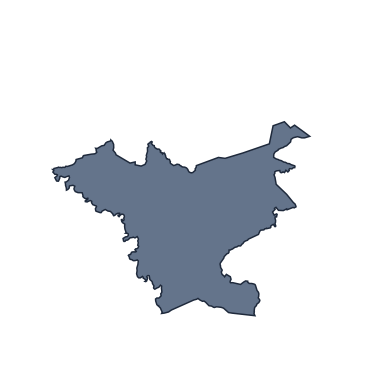 outline of Upper Denkyira East Municipal, Central, Ghana, rotated 217°
{"feature_id": "2480657B45731574572143", "entity_name": "Upper Denkyira East Municipal", "entity_type": "district", "adm_level": 2, "iso_a3": "GHA", "parent_name": "Ghana", "parent_adm1": "Central", "projection": "orthographic", "projection_center": [-1.726, 5.836], "detail": "fine", "context": "isolated", "style": "filled", "palette": "slate", "viewbox_px": 384, "rotation_deg": 217, "n_neighbors": 0, "source": "geoboundaries", "source_scale": "gbopen_adm2", "svg_char_len": 6070}
<svg xmlns="http://www.w3.org/2000/svg" viewBox="0 0 384 384"><g transform="rotate(217 192 192)"><path d="M288.1,184.7L287.8,184.3L288.0,183.4L289.8,181.0L290.4,179.4L290.2,176.4L291.9,174.5L293.9,169.7L295.3,168.9L294.0,168.2L293.3,167.2L292.0,166.5L292.2,164.8L292.7,163.9L295.2,161.6L300.4,156.0L300.6,155.4L300.1,153.4L304.1,148.2L303.4,147.0L303.0,145.2L303.1,143.5L303.8,141.7L306.8,137.5L308.3,136.6L308.3,135.3L308.5,135.0L310.0,134.1L310.6,133.1L311.9,132.5L312.5,131.9L313.7,131.4L313.8,130.9L316.4,127.7L316.1,126.7L316.7,126.2L315.4,126.1L315.2,125.7L315.1,124.2L312.1,123.6L310.9,124.5L309.8,124.7L309.6,124.3L309.5,123.4L310.2,120.9L306.8,119.3L305.3,120.1L305.2,120.6L305.9,123.3L306.8,124.9L306.1,125.9L304.1,126.4L302.3,127.1L301.4,128.8L300.0,130.8L298.6,129.9L297.7,127.2L298.4,124.5L299.3,123.5L297.6,122.0L297.1,121.3L294.8,119.6L293.4,117.9L292.7,119.2L292.5,121.0L292.6,121.4L293.5,123.0L293.4,123.3L291.1,125.7L289.1,126.1L288.2,123.5L287.4,122.9L285.5,122.1L282.6,122.9L279.3,125.3L277.1,123.7L276.3,122.6L274.3,122.4L272.6,122.7L271.5,124.3L271.0,123.9L271.0,122.8L271.9,120.6L271.4,120.1L269.8,120.9L268.8,122.9L268.0,124.0L266.5,124.2L265.8,123.0L263.6,122.2L259.9,123.2L259.4,122.8L259.1,120.5L257.8,119.3L257.1,118.9L252.8,120.3L252.1,121.0L252.3,122.6L250.8,125.8L247.7,126.2L245.4,127.4L241.8,126.8L241.4,126.3L240.1,126.0L239.4,127.7L239.3,128.9L238.4,130.4L237.0,131.5L236.1,130.7L236.1,130.2L237.1,129.1L236.8,128.5L235.4,128.4L235.4,130.4L234.8,132.0L233.7,132.7L232.2,132.6L231.0,131.4L230.8,130.1L229.6,129.0L229.5,127.9L230.1,127.4L231.4,128.0L231.7,127.3L230.4,126.2L229.0,125.7L226.4,125.9L225.0,123.8L223.2,122.0L220.1,119.9L220.3,119.1L219.4,119.6L219.1,120.0L218.2,120.2L217.7,120.1L216.7,118.9L216.8,117.5L218.1,116.1L219.1,113.4L217.2,111.7L216.5,111.6L215.8,112.3L215.8,113.7L214.8,114.5L214.3,115.4L213.8,118.3L212.5,119.4L211.7,120.6L210.2,120.9L209.7,121.3L209.0,123.4L208.5,123.3L206.4,122.2L205.9,120.3L204.3,119.1L203.3,116.8L202.0,116.6L201.5,115.2L201.6,114.0L202.8,112.6L202.8,111.5L202.1,111.5L200.7,110.9L201.1,110.1L203.1,108.7L204.0,107.5L203.5,105.1L204.4,104.3L204.7,103.1L202.9,102.3L202.0,101.4L200.9,101.0L199.2,101.8L197.6,101.8L196.1,103.0L194.8,104.8L193.4,104.6L191.6,101.6L190.3,98.1L188.5,96.1L187.0,93.3L184.6,91.6L182.8,91.4L181.6,92.3L180.7,94.8L179.6,94.5L179.2,93.9L178.9,93.8L178.3,94.0L175.8,94.0L175.5,93.4L175.8,92.3L175.0,92.6L174.7,93.7L175.6,96.6L177.2,97.0L177.2,98.0L176.8,98.9L175.7,99.3L172.9,96.7L170.3,96.5L169.2,95.9L168.5,95.1L165.9,94.1L165.0,92.3L164.3,92.0L163.2,92.0L162.0,94.7L161.4,95.5L161.1,96.5L161.1,98.6L159.6,98.6L158.6,96.9L156.3,94.5L155.7,93.5L155.7,91.9L154.2,90.5L154.5,87.8L155.1,86.9L156.2,86.3L156.7,84.6L155.4,83.1L152.3,80.9L150.7,80.7L150.3,81.1L150.1,80.7L147.6,80.4L143.5,78.1L143.2,76.7L141.1,78.8L138.5,82.1L137.4,85.4L125.6,106.8L123.7,109.2L123.2,110.6L120.8,110.5L117.9,111.0L116.8,112.1L115.0,112.2L110.0,111.4L107.7,112.7L105.5,112.9L104.7,113.2L103.3,115.1L99.4,117.4L97.7,118.0L96.7,118.2L90.3,117.7L86.9,119.5L67.3,131.1L69.4,132.2L69.6,133.0L70.4,133.8L70.4,134.2L71.0,134.8L72.5,137.5L72.2,140.0L72.6,140.9L72.7,141.6L72.1,143.9L72.4,146.0L73.4,146.8L75.0,147.1L75.5,147.5L75.9,148.7L76.7,149.9L77.2,150.8L78.6,151.9L80.8,152.5L85.1,155.6L86.0,156.0L87.1,155.8L89.2,154.9L91.3,153.4L93.2,153.5L93.8,154.3L95.7,153.2L96.5,151.3L97.6,147.4L104.9,144.1L106.7,142.7L107.2,142.9L107.8,143.6L108.3,145.8L110.4,147.4L115.0,146.9L114.9,143.9L116.4,144.3L117.8,144.2L118.9,144.6L120.5,145.8L120.6,147.0L120.9,147.8L123.8,149.0L125.2,150.6L125.7,150.7L126.6,152.0L126.8,158.2L127.4,159.8L127.0,163.5L126.1,165.1L126.3,166.3L127.5,168.0L126.3,168.9L126.1,169.8L125.4,170.7L124.5,173.6L123.1,175.2L122.4,177.2L121.1,177.8L120.7,178.4L120.7,180.4L120.3,181.6L120.5,183.0L119.9,185.0L118.6,186.9L118.6,188.3L113.4,198.1L114.3,201.8L114.0,203.0L111.8,205.0L111.8,206.1L111.5,206.7L110.8,207.1L110.8,207.8L110.0,208.0L107.9,210.5L107.8,211.1L108.6,212.1L108.0,214.4L107.5,215.1L105.7,214.4L104.8,214.3L104.5,214.8L104.8,215.4L106.7,216.7L107.1,218.1L108.2,219.7L110.0,221.1L110.6,222.2L109.5,223.0L110.6,225.4L111.4,225.3L112.4,223.0L115.6,224.5L115.2,228.1L116.3,228.6L115.7,230.3L111.9,229.4L107.9,232.1L106.2,235.5L105.4,235.0L102.0,240.5L100.9,240.8L100.0,242.7L100.3,243.1L102.4,244.4L104.9,244.6L115.0,247.1L129.4,248.8L134.5,253.6L136.9,255.1L137.0,256.6L138.0,258.0L137.2,259.8L134.8,262.0L133.7,261.0L132.4,261.0L131.4,262.4L131.5,262.6L131.0,263.0L129.8,263.2L130.1,265.9L127.5,265.7L127.4,267.2L127.2,267.6L128.1,268.4L128.1,269.4L126.1,270.6L125.7,272.4L124.6,273.3L125.3,274.6L125.8,274.7L129.3,273.5L131.3,273.3L132.9,272.2L135.1,272.0L136.8,271.1L139.5,270.8L141.7,269.9L142.5,269.9L144.6,269.1L147.6,268.8L149.1,270.9L149.5,271.8L149.7,274.1L148.4,277.2L148.7,277.9L147.2,280.8L146.0,282.3L145.4,284.2L144.3,285.8L143.4,291.3L144.6,293.7L143.7,296.4L141.0,299.7L136.9,301.3L134.6,303.1L131.5,307.3L150.3,307.1L151.9,302.4L160.5,303.7L167.1,293.7L159.2,277.0L174.9,253.7L185.8,238.8L191.7,235.5L204.4,215.7L203.5,214.2L203.4,212.3L202.4,211.4L203.1,208.0L204.2,206.8L206.1,206.2L208.0,206.8L208.9,207.5L210.9,207.9L212.7,207.5L214.4,206.4L215.9,206.0L216.7,206.3L217.8,205.9L218.7,206.2L220.7,205.2L221.5,203.5L222.6,202.1L226.3,201.9L227.0,202.2L227.6,203.3L228.4,203.5L228.8,204.0L229.8,204.4L230.9,203.6L231.6,203.8L232.2,203.3L234.3,204.4L235.2,205.3L236.6,206.0L236.8,206.3L237.4,206.2L237.8,206.4L237.8,205.8L238.1,205.8L238.6,205.4L238.6,204.8L239.2,205.3L239.4,205.0L240.0,205.2L240.2,204.9L241.0,204.7L241.5,205.0L241.6,206.0L242.4,206.0L243.7,206.5L245.0,205.9L245.4,205.3L246.7,205.3L246.9,205.1L248.1,205.1L249.1,205.4L250.1,206.3L251.2,205.8L253.5,206.3L253.9,208.0L254.8,208.0L255.4,206.7L255.3,205.8L256.0,204.4L255.9,203.5L254.2,202.6L254.0,201.8L254.3,200.6L251.9,197.6L250.5,193.7L249.4,192.8L248.6,190.5L246.8,189.5L246.1,185.8L248.2,182.1L253.7,179.5L255.5,181.8L258.9,177.8L275.0,176.0L276.6,177.0L280.2,177.9L281.1,180.2L283.3,182.9L286.2,184.5L288.1,184.7Z" fill="#64748b" stroke="#1e293b" stroke-width="1.5"/></g></svg>